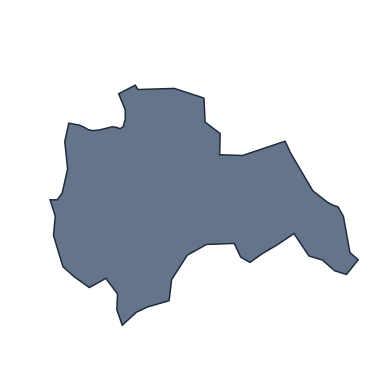 SVG path tracing the border of Kandavas, rotated 76°
{"feature_id": "LVA-5765", "entity_name": "Kandavas", "entity_type": "Municipality", "adm_level": 1, "iso_a3": "LVA", "parent_name": "Latvia", "parent_adm1": "", "projection": "orthographic", "projection_center": [22.707, 56.973], "detail": "fine", "context": "isolated", "style": "filled", "palette": "slate", "viewbox_px": 384, "rotation_deg": 76, "n_neighbors": 0, "source": "natural_earth", "source_scale": "10m", "svg_char_len": 881}
<svg xmlns="http://www.w3.org/2000/svg" viewBox="0 0 384 384"><g transform="rotate(76 192 192)"><path d="M78.9,239.4L74.6,221.2L79.5,219.7L87.2,184.1L103.8,157.7L127.4,162.4L142.1,150.5L162.5,156.1L168.8,134.3L165.2,89.4L178.1,86.9L220.0,74.5L234.8,63.0L238.8,58.5L241.6,54.0L252.3,51.0L288.9,53.4L298.0,47.1L309.4,62.1L302.9,72.7L289.7,81.8L282.4,94.0L257.0,103.1L263.6,121.2L268.5,137.8L274.3,152.9L266.9,160.5L252.1,163.5L246.4,190.8L252.2,211.9L272.1,233.0L291.9,240.5L292.8,263.2L295.3,275.3L304.4,291.9L287.9,293.4L273.0,288.9L254.9,296.5L259.9,314.7L245.8,326.8L233.2,335.3L200.7,336.9L182.3,330.5L165.2,331.6L167.0,324.7L161.6,318.2L139.5,307.1L112.3,303.3L95.4,294.9L99.8,285.2L102.7,281.4L106.4,277.6L108.4,273.5L109.4,266.9L109.4,253.7L111.0,249.6L113.2,246.5L112.0,243.0L105.3,239.2L96.3,236.9L78.9,239.4Z" fill="#64748b" stroke="#1e293b" stroke-width="1.5"/></g></svg>